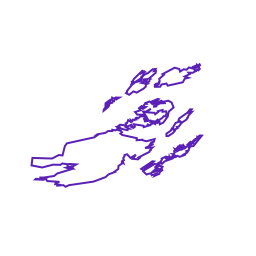 Alstahaug nor, Nordland, Norway (Albers equal-area conic projection), rotated 210°
{"feature_id": "86288312B9312616634750", "entity_name": "Alstahaug nor", "entity_type": "district", "adm_level": 2, "iso_a3": "NOR", "parent_name": "Norway", "parent_adm1": "Nordland", "projection": "albers", "projection_center": [12.459, 65.887], "detail": "fine", "context": "isolated", "style": "outline", "palette": "violet", "viewbox_px": 256, "rotation_deg": 210, "n_neighbors": 0, "source": "geoboundaries", "source_scale": "gbopen_adm2", "svg_char_len": 5889}
<svg xmlns="http://www.w3.org/2000/svg" viewBox="0 0 256 256"><g transform="rotate(210 128 128)"><path d="M192.8,47.4L182.6,50.9L174.4,58.9L168.1,62.3L167.2,64.4L162.5,66.3L161.6,65.3L161.1,67.4L154.6,70.6L157.6,65.5L156.2,65.9L155.4,65.6L157.4,65.0L158.1,66.2L161.8,62.7L156.7,63.7L166.5,53.3L168.0,49.5L174.0,44.7L173.2,44.8L173.9,43.4L174.5,43.9L180.0,40.8L176.9,42.2L178.2,41.0L175.9,41.9L176.8,41.2L176.0,40.7L182.3,38.0L182.6,37.1L174.4,41.4L175.8,40.8L175.6,42.1L174.8,42.7L175.5,42.0L172.7,43.0L173.6,42.6L171.3,41.7L160.5,47.1L163.1,44.1L162.9,43.0L157.5,45.2L161.3,42.1L155.4,46.2L152.7,45.9L150.6,48.9L131.1,64.3L122.9,74.2L121.6,78.2L117.3,83.4L117.8,83.5L115.9,87.7L117.3,90.3L115.5,94.1L116.1,95.2L114.3,95.2L116.4,97.0L115.5,98.1L117.1,99.6L116.9,101.8L117.5,102.8L115.6,104.8L110.9,103.3L107.8,108.8L108.6,103.6L103.6,105.9L102.9,108.0L104.1,107.9L97.5,118.1L97.9,119.7L97.2,120.5L97.8,121.3L97.0,123.4L103.2,119.2L97.8,126.8L100.7,125.0L100.6,127.2L98.7,129.1L99.4,131.7L105.5,125.7L109.8,124.6L108.9,125.6L114.4,121.7L115.3,123.6L129.5,119.1L131.8,119.3L131.0,121.2L132.5,121.9L136.1,121.2L135.2,123.4L127.3,125.9L127.7,127.3L126.6,128.0L130.3,127.8L126.6,132.6L125.2,131.7L125.6,130.6L123.4,130.8L122.7,132.6L124.7,134.2L115.7,137.7L114.8,136.6L111.1,140.6L113.6,140.8L110.5,141.2L109.0,144.2L110.9,144.1L109.4,146.5L112.0,145.4L111.5,146.3L116.7,142.2L117.5,143.1L115.0,145.3L116.8,146.3L119.2,143.1L117.0,146.5L117.6,147.0L123.2,144.3L124.0,141.6L125.4,141.3L125.0,139.9L126.3,140.1L126.1,138.2L127.9,137.7L127.6,136.1L129.0,136.2L128.2,135.6L128.4,134.6L131.8,135.0L131.3,131.9L132.3,130.8L130.9,129.2L136.5,126.9L137.3,125.0L136.2,124.8L138.2,123.4L136.3,122.9L137.6,119.7L140.7,118.6L140.1,117.5L143.8,115.3L145.1,112.5L151.5,107.1L152.1,105.6L151.2,105.8L152.6,103.0L173.2,84.2L173.6,80.7L171.0,71.5L174.4,70.0L178.5,63.6L195.8,54.3L192.8,47.4ZM126.0,176.7L120.8,179.8L120.7,182.5L116.9,185.7L114.8,184.5L103.4,195.0L103.5,199.1L100.8,201.7L104.6,201.0L101.5,205.7L103.2,206.2L99.4,208.3L98.1,210.8L99.7,211.8L97.3,211.8L97.3,213.3L95.9,213.2L95.4,215.0L97.8,216.6L97.0,218.3L97.9,218.9L98.6,217.0L98.1,216.1L99.8,216.9L99.0,214.8L100.0,213.2L100.8,213.2L100.6,215.6L102.4,213.3L100.6,212.2L105.5,210.9L106.4,207.8L109.2,206.6L111.1,202.9L113.0,204.7L117.7,203.6L125.0,192.0L123.5,192.0L125.5,186.2L124.1,184.6L124.4,183.0L123.6,184.2L123.9,182.8L123.2,181.9L124.3,179.6L125.3,179.7L125.0,181.0L126.0,180.1L126.6,177.9L125.3,179.6L124.5,178.9L126.0,176.7ZM108.5,144.8L106.5,145.0L107.0,145.8L105.6,146.9L106.6,148.2L104.9,147.4L103.8,149.0L102.3,147.1L100.1,150.4L99.3,157.7L100.9,162.6L98.8,168.6L103.0,171.9L106.7,171.8L109.9,169.0L108.6,167.9L112.6,165.4L114.8,162.0L114.3,160.9L116.1,159.5L116.5,160.1L113.8,165.2L111.1,168.0L112.6,168.3L116.2,164.3L115.8,165.7L116.9,165.6L115.9,168.3L116.7,168.1L120.7,162.8L116.3,164.2L118.7,160.9L122.6,161.7L125.2,158.6L124.0,158.2L125.4,157.3L125.8,153.9L123.1,155.1L124.6,152.0L126.7,152.0L125.8,153.7L127.2,153.8L128.4,150.6L126.0,149.6L129.9,145.4L126.7,144.2L119.7,148.0L123.2,149.8L120.5,151.2L117.9,156.1L119.8,150.9L112.6,154.4L111.3,153.5L109.9,156.9L110.6,157.4L107.1,160.9L106.2,159.3L103.4,161.5L101.5,159.3L101.8,157.8L101.2,156.9L103.0,156.1L103.5,153.5L105.8,149.4L106.5,149.9L108.5,144.8ZM93.2,98.1L88.7,97.0L85.5,100.4L83.8,98.9L80.7,102.6L80.9,100.0L78.0,103.9L78.4,105.7L76.9,109.4L85.2,101.4L83.0,107.7L82.3,107.8L83.2,104.5L82.6,104.4L78.7,110.2L78.7,111.7L81.6,111.2L85.2,106.9L81.8,114.7L80.6,114.0L79.5,117.5L74.1,124.0L73.0,127.2L71.8,126.0L72.3,127.4L71.5,128.5L68.8,128.9L64.6,134.1L67.5,131.3L64.6,136.2L64.5,137.4L65.5,136.5L66.0,137.2L64.5,138.4L64.8,141.8L65.8,140.8L65.1,142.9L62.3,145.1L60.2,158.4L62.0,157.5L62.8,155.9L62.6,154.3L63.5,154.6L63.0,153.1L63.9,152.4L63.3,151.3L64.2,151.4L64.0,148.6L64.1,148.9L64.7,148.3L63.4,147.2L64.8,147.0L65.8,143.0L66.4,144.2L65.0,146.7L64.7,151.0L65.9,146.8L67.1,147.1L67.9,144.2L66.5,145.1L68.9,137.9L68.4,140.6L70.0,138.8L69.7,137.9L70.5,136.4L71.9,135.1L71.0,136.4L71.9,136.0L71.7,138.7L70.2,140.2L71.7,140.9L72.1,137.3L73.7,134.9L72.6,137.9L73.3,137.9L74.5,134.2L72.0,135.6L74.0,132.3L74.4,132.7L73.6,134.1L74.8,133.4L74.9,131.8L75.3,132.9L73.6,139.3L74.6,138.8L74.8,136.0L75.4,136.4L75.9,133.4L76.7,133.3L76.1,133.0L76.6,131.1L75.2,130.4L75.7,128.2L75.2,128.2L76.0,127.8L74.9,127.7L75.6,124.9L77.0,124.5L75.5,124.7L76.3,122.3L77.9,123.7L77.3,122.0L79.4,119.9L78.5,122.9L80.7,119.9L79.6,122.5L81.0,122.1L83.6,118.3L82.8,117.5L82.9,115.1L84.8,111.6L84.4,110.7L87.0,110.2L92.1,100.8L93.3,101.2L90.5,106.3L88.8,112.0L90.2,111.4L96.1,99.2L92.9,99.2L93.2,98.1ZM147.1,157.2L143.5,157.4L141.6,162.4L138.2,163.0L134.2,169.9L133.3,172.8L134.4,174.8L133.8,175.5L138.9,173.8L137.6,175.8L138.3,176.1L136.4,177.3L138.5,178.0L135.7,180.0L135.4,177.1L133.4,177.4L132.9,179.2L133.7,181.1L133.2,181.7L134.4,181.8L131.6,189.6L132.4,191.5L133.9,190.3L133.7,192.8L136.0,191.2L138.1,185.6L140.4,182.5L141.3,179.0L140.6,177.4L141.4,174.9L140.9,174.9L144.7,171.1L146.0,167.9L146.6,168.1L141.5,177.6L142.0,178.3L141.4,181.2L142.0,184.3L141.4,185.1L142.4,185.2L143.6,182.8L144.0,185.5L147.4,173.6L147.3,170.6L146.1,170.8L147.4,170.1L146.6,169.7L147.4,169.5L146.7,167.8L147.2,166.2L146.1,167.6L147.4,159.5L146.7,158.8L147.1,157.2ZM90.7,140.3L89.2,141.0L86.5,146.2L86.0,149.0L87.4,149.1L85.0,152.6L86.2,153.3L84.7,154.7L84.2,159.3L86.9,159.1L89.3,156.2L89.4,151.5L87.8,149.3L89.8,149.4L89.6,147.1L91.9,142.3L90.7,140.3ZM88.1,159.9L83.9,159.8L81.7,164.3L81.5,166.0L82.3,165.7L81.5,166.6L81.8,169.1L80.7,173.7L82.5,172.1L82.1,176.0L83.6,175.2L84.2,170.9L88.5,161.8L88.1,159.9ZM158.2,131.9L157.7,130.8L155.5,136.7L156.2,140.0L154.2,142.1L154.9,143.5L153.5,144.2L154.1,146.4L152.5,146.8L150.7,150.0L154.1,148.1L154.5,146.5L156.9,146.4L156.0,144.3L157.4,143.7L159.8,138.3L159.0,136.7L157.2,142.6L156.7,141.7L158.2,131.9Z" fill="none" stroke="#5b21b6" stroke-width="2"/></g></svg>